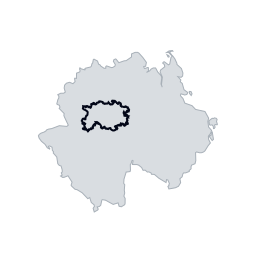 Hessen on a map of Germany (Equal Earth projection), rotated 52°
{"feature_id": "DEU-1574", "entity_name": "Hessen", "entity_type": "State", "adm_level": 1, "iso_a3": "DEU", "parent_name": "Germany", "parent_adm1": "", "projection": "equal_earth", "projection_center": [9.183, 50.526], "detail": "fine", "context": "in_parent", "style": "outline", "palette": "ink", "viewbox_px": 256, "rotation_deg": 52, "n_neighbors": 0, "source": "natural_earth", "source_scale": "10m", "svg_char_len": 8828}
<svg xmlns="http://www.w3.org/2000/svg" viewBox="0 0 256 256"><g transform="rotate(52 128 128)"><path d="M112.9,205.3L107.0,202.0L101.7,202.3L100.9,201.3L99.1,201.4L96.4,199.7L94.0,200.7L93.5,201.6L93.6,202.2L96.1,202.3L96.4,202.7L93.9,203.8L89.9,203.4L85.2,204.4L81.3,204.3L79.0,203.4L78.4,201.9L78.5,199.7L79.5,196.8L79.8,194.6L79.4,193.3L80.0,191.2L81.5,188.5L83.9,180.7L89.1,175.2L89.0,173.3L80.1,171.3L78.6,170.8L77.3,169.4L70.2,170.2L69.7,168.8L67.8,168.1L65.8,169.3L65.1,169.2L62.4,165.7L61.8,164.1L60.5,163.0L58.5,162.8L59.2,159.6L61.0,157.3L61.1,155.3L57.2,153.7L55.2,151.5L54.8,148.9L56.0,145.9L59.2,144.1L58.9,141.2L56.2,139.7L56.0,139.2L57.2,138.1L53.1,134.8L54.1,131.5L53.4,130.5L51.6,129.8L51.0,128.8L52.3,128.6L55.6,126.3L55.7,125.9L54.8,125.6L54.7,124.7L56.9,119.9L56.8,119.0L55.1,116.7L55.1,115.9L52.8,113.3L52.8,112.4L56.5,110.8L59.7,111.9L60.8,111.2L62.4,111.3L66.2,110.1L67.2,108.7L65.8,107.5L65.9,106.6L70.2,103.9L70.9,102.7L71.2,100.3L70.7,99.5L70.1,98.9L66.5,98.5L65.5,97.1L65.9,95.3L66.5,95.0L70.9,95.0L72.7,89.7L73.8,88.0L74.2,81.5L71.8,79.6L72.8,75.8L74.4,73.8L75.7,73.3L81.4,72.9L87.6,73.1L90.2,76.1L89.2,77.7L90.8,78.4L91.5,78.1L92.4,75.3L93.0,74.8L95.6,76.7L95.6,79.2L96.3,75.8L95.8,73.5L96.2,71.2L97.7,69.3L102.3,70.1L107.3,69.7L109.3,70.6L113.6,74.9L116.9,75.9L114.4,74.9L109.1,69.6L103.6,68.2L102.4,66.7L102.4,61.4L100.4,60.3L98.2,60.7L97.8,59.5L98.2,58.6L103.2,57.2L103.3,55.8L98.8,50.6L98.6,48.4L102.4,48.5L107.0,49.6L108.1,50.3L114.0,49.3L118.5,50.9L120.7,53.0L120.8,54.9L118.2,57.1L122.7,56.8L123.8,58.4L126.2,57.8L132.3,60.3L136.9,59.0L137.8,61.0L136.9,63.0L133.7,65.2L134.4,66.5L135.5,66.8L138.5,66.5L143.4,67.9L149.8,63.8L155.0,63.3L162.4,57.2L169.9,58.4L171.9,61.0L176.9,63.9L181.4,63.6L183.1,66.3L183.9,69.7L186.6,71.5L190.5,72.3L191.3,75.8L193.4,81.5L193.4,83.2L192.8,85.2L191.6,86.8L189.1,88.7L189.0,89.9L195.5,94.7L197.4,97.2L196.4,100.7L197.5,102.4L198.6,103.0L199.1,103.9L199.1,105.9L200.0,106.5L198.8,110.3L197.6,111.8L198.0,113.1L199.8,115.4L199.9,118.3L203.5,120.2L205.0,124.1L204.3,127.4L201.2,133.3L198.6,132.5L198.7,131.3L198.2,131.2L197.3,129.6L193.5,128.6L192.4,129.4L194.4,131.6L186.6,134.6L180.8,135.8L178.9,138.0L177.8,137.5L175.5,138.5L174.6,139.9L171.8,140.4L170.6,142.2L167.6,141.6L164.0,142.4L162.4,143.4L159.5,147.0L157.0,144.2L156.4,144.2L156.2,145.1L157.7,147.1L158.3,148.8L162.6,151.9L163.6,153.2L161.6,156.6L165.8,162.6L169.0,165.5L170.7,165.5L174.7,169.2L177.2,170.6L179.2,173.2L181.7,173.6L185.6,176.7L186.4,177.8L186.0,181.7L184.2,183.2L180.9,181.9L179.1,186.7L171.0,190.2L168.7,192.3L168.7,193.0L172.1,197.1L172.2,199.0L171.2,200.9L173.6,201.4L174.0,202.4L173.4,206.3L169.8,204.9L169.1,202.7L167.6,202.0L164.1,202.8L159.3,201.0L158.9,203.2L150.8,204.0L145.3,206.1L143.6,207.5L139.2,208.2L138.1,208.1L136.2,205.4L128.7,204.7L127.5,208.8L126.6,210.0L124.3,210.7L124.6,208.9L122.3,208.2L122.2,206.9L120.6,205.7L116.8,204.1L115.1,205.2L112.9,205.3ZM181.0,58.9L181.5,60.3L181.1,61.0L179.2,59.8L177.3,59.8L176.3,61.6L175.5,61.7L172.6,60.1L172.1,59.3L172.2,55.6L173.1,54.9L173.2,53.7L174.7,52.5L176.1,52.5L177.3,54.2L180.1,55.3L180.3,55.8L178.9,57.3L179.2,58.1L181.0,58.9ZM189.6,67.7L189.7,69.4L184.9,69.2L184.5,68.0L184.8,66.8L183.2,65.5L183.1,64.1L189.6,67.7ZM93.4,49.5L92.3,51.1L92.5,48.3L94.3,45.3L95.1,45.3L94.1,46.7L93.9,48.5L98.0,48.6L97.5,49.1L93.4,49.5ZM141.3,58.2L138.8,58.3L136.9,57.2L138.0,55.9L140.5,56.5L141.3,58.2ZM97.3,52.2L96.6,52.7L94.2,52.2L96.0,51.3L97.0,51.5L97.3,52.2Z" fill="#d9dde1" stroke="#a8b0b8" stroke-width="1"/><path d="M119.8,121.3L119.5,121.5L119.4,121.8L119.5,122.2L119.7,122.5L119.8,123.0L120.1,123.1L120.4,123.4L120.7,123.4L121.5,123.6L121.5,124.0L121.9,124.3L122.0,124.7L123.2,125.0L123.6,125.1L124.6,125.5L124.6,125.8L124.3,126.0L124.2,126.2L124.1,126.9L124.1,127.0L123.8,126.7L123.6,126.4L123.0,126.4L122.8,126.5L123.0,126.7L123.1,126.9L123.6,127.0L123.5,127.3L123.2,127.7L123.1,128.2L123.1,128.3L123.4,128.3L123.6,128.4L124.0,128.5L124.2,128.8L124.2,129.0L124.0,129.5L123.0,129.6L122.8,129.5L122.8,129.3L122.5,129.3L122.3,129.3L121.6,129.3L121.2,129.5L121.1,129.8L121.2,130.0L121.5,130.3L121.5,130.5L121.4,130.7L121.0,130.8L120.1,130.7L119.9,130.8L120.0,131.1L120.2,131.3L120.3,131.5L120.4,131.4L120.7,131.2L120.9,131.1L121.3,131.4L121.5,131.7L121.7,132.0L121.2,132.5L121.2,132.9L121.1,133.0L120.3,133.2L119.9,133.4L119.9,133.5L119.8,133.8L119.9,134.2L119.5,134.3L119.4,134.5L119.7,134.8L119.6,135.2L119.3,135.8L119.3,136.0L119.0,136.3L118.8,136.6L118.7,137.1L118.8,137.3L119.2,137.2L119.7,137.4L119.9,137.4L120.0,137.4L120.1,137.2L119.9,136.9L119.9,136.7L120.8,136.4L121.8,136.6L122.0,137.0L122.1,137.5L121.8,137.6L121.6,137.9L121.6,138.1L121.6,138.7L121.7,139.0L121.5,139.7L121.6,139.8L121.5,140.2L120.8,141.3L120.5,141.5L119.4,142.0L118.2,142.3L117.9,142.3L117.4,141.9L117.1,142.0L116.9,142.3L116.5,143.4L116.6,144.3L116.1,144.7L115.4,144.9L115.3,145.0L115.1,145.1L115.0,145.4L115.1,145.7L115.1,145.8L114.2,146.1L113.7,146.0L113.3,146.1L113.0,145.8L112.8,145.9L112.5,145.8L112.4,146.0L112.5,146.5L112.3,147.1L112.8,147.2L112.8,147.3L112.5,147.8L112.5,148.0L112.6,148.4L112.5,148.6L111.4,149.0L110.8,148.9L110.3,148.3L109.4,147.9L107.9,147.8L107.1,148.0L107.1,148.3L106.8,148.6L106.4,148.8L106.5,148.5L105.7,148.2L104.8,148.6L104.3,148.7L104.1,148.8L104.0,149.5L103.7,149.6L103.5,149.8L104.1,149.9L104.3,150.0L104.4,150.5L104.6,150.7L104.5,150.9L104.8,151.3L104.3,151.2L104.3,152.9L104.9,154.4L105.0,154.6L105.3,154.3L105.4,154.9L105.5,155.3L105.8,155.4L106.1,155.4L106.3,155.5L106.2,155.7L105.9,156.1L105.9,156.3L106.4,156.5L106.1,157.1L106.2,157.5L105.9,157.6L105.5,157.7L105.6,158.0L105.7,158.7L105.1,159.4L105.2,159.5L105.5,159.8L105.7,160.1L105.6,160.4L105.4,160.4L105.2,160.2L105.1,160.3L105.5,160.8L106.0,161.4L106.0,161.6L105.8,161.6L105.6,161.4L105.2,161.4L104.6,161.7L104.4,161.7L104.0,161.7L103.1,161.7L102.6,162.2L102.9,162.6L102.9,162.8L102.4,163.1L102.2,162.9L102.0,163.4L101.3,164.0L100.7,163.9L100.6,163.7L100.9,163.3L101.0,163.2L100.9,162.7L101.0,162.5L101.3,162.1L101.6,162.3L102.0,161.9L102.0,161.6L100.9,161.7L100.6,161.3L99.8,161.3L99.0,160.9L98.8,160.7L98.6,160.2L98.5,159.9L98.6,159.7L98.4,159.3L98.3,159.1L97.0,159.4L97.0,159.5L97.3,160.6L97.3,160.8L97.2,160.9L96.5,161.2L95.3,160.2L94.9,159.9L94.5,159.9L93.9,160.0L93.6,159.4L93.0,158.2L93.0,157.6L93.3,157.2L93.7,156.9L94.3,156.9L94.9,156.2L94.7,155.9L94.0,156.0L93.8,155.4L93.5,154.9L93.3,154.3L92.8,153.6L92.6,153.3L92.9,152.5L92.6,151.8L90.8,150.1L90.3,149.9L89.8,149.9L87.7,150.5L87.0,150.9L86.2,151.3L85.5,151.5L84.8,151.5L84.5,151.1L84.4,150.9L84.3,150.7L83.2,149.9L84.2,149.1L84.3,148.6L84.5,148.4L85.1,148.3L85.4,148.6L85.6,148.6L85.7,148.0L85.3,147.7L85.1,147.6L85.1,147.4L85.2,147.2L85.4,146.8L85.6,146.6L86.6,146.2L86.8,146.0L87.1,146.2L87.3,146.3L87.7,145.8L87.5,145.6L87.6,145.3L88.5,145.3L88.8,145.2L89.0,145.1L89.0,144.9L88.7,144.2L88.3,143.8L87.8,142.9L87.5,142.8L87.4,142.6L86.6,142.4L86.5,142.2L87.0,141.4L87.3,141.1L86.9,140.9L87.0,140.0L87.0,139.7L87.3,139.5L87.6,139.3L87.9,139.2L88.2,139.2L88.5,139.6L88.9,139.5L89.3,139.3L89.7,138.3L89.7,138.2L89.4,138.0L89.3,137.6L89.0,136.9L89.2,136.6L89.3,136.2L89.4,135.9L89.8,135.7L89.9,134.9L89.4,134.5L89.4,134.4L89.3,134.2L90.2,133.5L90.3,133.1L90.7,133.0L91.8,132.0L92.1,132.0L92.3,132.3L93.2,132.4L93.7,132.1L93.7,131.8L94.2,131.4L94.5,131.2L94.8,131.3L94.9,131.1L94.9,130.6L95.3,130.0L95.6,129.9L95.9,129.3L96.2,129.0L96.1,128.4L96.1,128.1L95.8,127.6L97.6,127.5L98.2,127.6L98.9,127.2L99.0,127.0L98.8,126.7L99.7,125.8L99.7,125.7L99.7,125.4L99.4,124.1L99.2,124.0L99.2,123.7L98.6,123.9L97.8,124.1L97.6,124.3L97.2,124.3L97.1,124.0L96.8,123.7L97.1,123.1L98.0,122.3L98.1,122.1L98.4,121.9L98.5,121.7L99.3,121.5L100.1,121.5L100.7,121.3L101.5,121.5L102.1,121.1L102.8,121.1L103.0,120.7L102.9,120.6L102.5,120.5L102.4,119.9L102.2,119.5L102.2,119.3L102.3,119.2L103.2,118.9L104.2,118.6L105.2,119.1L105.3,119.2L105.4,119.4L105.3,119.7L105.7,120.0L106.5,120.1L107.1,119.7L107.5,119.7L107.7,119.1L108.9,118.4L109.1,118.1L109.5,117.7L109.9,116.9L109.5,116.6L109.7,116.4L110.9,116.1L111.3,115.7L111.4,115.8L111.7,115.5L112.1,115.6L112.1,116.0L112.4,116.1L112.7,116.1L113.1,115.8L113.4,116.1L113.7,116.1L114.3,116.0L114.5,116.3L114.9,116.5L115.1,117.0L115.4,117.3L115.3,117.5L115.2,117.6L114.6,117.3L114.7,117.8L114.3,117.7L114.2,118.3L113.9,118.4L114.2,119.2L114.4,119.4L114.6,119.4L114.5,119.7L114.6,119.9L114.6,120.2L114.6,120.7L114.5,120.9L113.6,121.0L113.3,121.3L113.5,121.6L113.5,121.8L112.9,121.6L113.0,121.8L113.5,122.2L114.9,122.6L115.1,122.6L115.4,122.7L115.9,123.2L116.1,123.3L116.8,122.7L117.1,122.2L116.9,122.2L116.5,122.4L116.0,122.0L115.9,121.7L116.8,121.2L117.2,121.1L117.4,121.0L117.3,120.8L117.5,120.8L117.9,121.0L118.2,121.4L118.4,121.5L118.6,121.3L118.4,120.9L118.4,120.7L118.8,120.7L119.0,120.5L119.1,120.9L119.8,121.3Z" fill="none" stroke="#020617" stroke-width="2"/></g></svg>